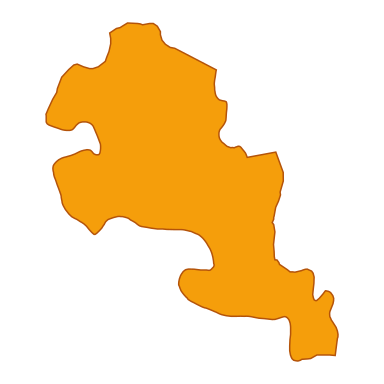 outline of Chique/Blanchard, Vieux Fort, Saint Lucia
{"feature_id": "8701671B68891744403519", "entity_name": "Chique/Blanchard", "entity_type": "district", "adm_level": 2, "iso_a3": "LCA", "parent_name": "Saint Lucia", "parent_adm1": "Vieux Fort", "projection": "equal_earth", "projection_center": [-60.95, 13.801], "detail": "fine", "context": "isolated", "style": "filled", "palette": "amber", "viewbox_px": 384, "rotation_deg": 0, "n_neighbors": 0, "source": "geoboundaries", "source_scale": "gbopen_adm2", "svg_char_len": 5901}
<svg xmlns="http://www.w3.org/2000/svg" viewBox="0 0 384 384"><path d="M53.6,172.8L53.7,174.1L53.9,175.1L54.4,177.0L55.5,179.7L56.3,182.0L56.8,183.6L57.4,185.3L58.3,187.6L59.0,189.5L59.7,191.4L60.2,192.9L60.8,194.5L61.2,196.3L61.2,197.0L61.5,198.9L61.9,200.7L62.0,201.3L62.2,202.9L62.8,204.6L63.5,206.1L65.4,209.5L68.9,214.0L71.7,216.7L73.6,217.8L74.9,218.5L76.9,219.4L78.6,220.5L80.4,221.7L81.9,222.5L83.8,223.8L84.3,224.2L85.5,225.3L86.3,226.0L87.3,227.2L88.7,229.0L89.4,229.8L90.4,230.9L91.4,232.0L92.2,232.8L93.2,233.7L94.1,234.4L95.0,234.4L95.7,234.0L96.8,233.2L99.6,230.5L100.4,229.6L101.7,228.2L103.4,225.5L103.9,224.9L104.3,224.3L104.6,223.6L105.5,222.0L105.9,221.5L107.7,219.8L108.4,219.4L110.5,218.6L113.7,217.5L115.7,217.0L117.7,216.5L119.4,216.4L121.1,216.6L122.5,216.6L124.7,217.1L127.1,217.8L128.6,218.4L130.6,220.0L132.4,220.9L135.3,222.6L137.2,224.2L138.7,225.3L139.9,226.0L141.0,226.3L141.5,226.5L143.5,226.8L144.0,226.9L146.7,227.3L151.5,228.2L157.6,229.0L162.8,229.0L166.7,229.4L171.2,229.5L175.4,229.6L178.8,229.6L181.2,229.6L182.9,229.7L184.8,230.0L186.4,230.4L187.0,230.5L189.4,231.1L191.3,231.5L194.1,232.8L195.9,233.6L197.6,234.2L199.1,235.0L200.0,235.7L201.3,236.8L202.6,238.0L203.6,239.1L205.5,241.5L206.8,243.4L207.7,245.0L208.9,247.0L209.9,248.6L210.9,250.8L211.8,253.2L212.3,255.0L212.9,257.4L213.2,259.2L213.5,261.0L213.7,263.4L214.2,265.0L213.7,266.7L213.1,267.4L212.1,268.4L211.8,268.8L211.5,269.1L210.3,270.1L208.9,270.4L208.5,270.3L207.0,270.1L206.3,270.0L200.6,270.0L194.1,269.2L190.1,269.1L188.3,269.1L187.4,269.3L186.0,269.6L185.2,270.0L184.4,270.6L183.2,271.6L182.3,272.9L181.7,273.7L180.8,275.2L180.5,275.8L179.9,277.5L179.4,278.9L179.2,279.9L179.0,280.9L178.9,281.3L178.8,282.2L178.7,283.3L178.7,284.1L178.7,284.9L179.4,286.4L179.6,287.1L180.1,288.5L180.3,288.9L180.8,290.2L181.4,291.3L181.7,291.7L182.4,292.7L183.4,294.0L184.3,295.1L185.2,296.1L185.5,296.4L186.1,297.1L186.9,297.7L188.2,299.5L191.2,301.4L194.1,302.8L196.1,303.9L198.9,305.3L200.5,306.1L202.4,307.0L204.6,307.8L206.2,308.1L208.0,308.8L210.0,309.6L211.9,310.4L212.9,310.8L214.4,311.5L216.0,312.1L217.8,313.0L219.6,313.9L220.0,314.0L221.5,314.6L224.4,315.3L226.2,315.7L231.0,316.3L236.3,316.3L240.6,316.2L244.2,316.3L246.3,316.2L248.6,316.3L251.3,316.7L254.7,317.4L259.0,318.2L264.3,318.6L268.8,319.1L272.2,319.5L272.5,319.5L275.0,319.4L278.1,318.5L281.1,317.5L282.7,317.0L284.3,316.6L285.8,316.8L287.1,317.6L288.0,318.5L289.0,319.9L289.6,321.5L290.2,323.4L290.5,325.8L290.6,327.3L290.6,329.2L290.6,330.9L290.6,332.6L290.6,334.1L290.5,335.3L290.3,336.9L290.2,337.9L290.0,339.4L289.9,341.8L289.8,343.8L289.7,345.8L289.7,347.4L289.7,349.9L289.7,350.6L289.8,351.3L290.1,353.1L290.5,355.2L291.0,356.4L291.2,357.1L291.7,358.0L291.9,358.5L292.5,359.2L292.9,359.5L293.6,360.2L294.7,360.5L296.1,360.8L297.5,361.0L298.4,360.9L299.6,360.5L300.3,360.3L301.9,359.3L307.7,358.9L310.7,358.5L316.9,355.0L329.8,355.0L335.2,355.5L337.0,341.4L337.4,338.4L337.9,337.0L338.0,334.4L337.4,331.0L336.1,327.4L332.1,321.1L331.7,320.6L331.4,320.2L330.6,318.2L329.8,316.6L329.6,313.7L329.8,311.8L331.9,306.5L333.0,303.7L333.3,302.1L333.6,300.8L333.6,299.6L333.7,298.4L332.8,295.6L330.7,292.7L329.6,291.9L328.3,291.3L326.8,291.0L325.9,290.8L325.4,290.8L322.9,294.1L319.3,298.3L316.6,300.6L315.4,300.6L314.1,299.8L313.3,297.5L312.7,294.7L313.1,290.5L313.9,283.3L314.1,277.1L313.1,273.2L311.6,271.1L307.2,269.1L305.2,269.3L302.7,270.1L301.6,270.6L294.9,272.2L292.8,271.9L290.1,271.9L287.2,269.6L279.5,264.4L278.9,262.6L277.0,260.0L274.9,259.8L274.3,256.7L274.1,251.5L273.5,244.5L274.3,237.3L274.9,231.9L273.7,224.6L272.2,222.6L273.7,219.2L273.7,217.4L274.1,216.1L275.7,207.3L278.5,201.1L280.5,194.9L280.1,192.1L281.0,189.0L283.3,181.0L283.2,172.4L275.8,152.1L247.2,157.4L246.4,155.2L245.5,153.1L244.0,151.1L242.4,149.2L240.9,147.3L239.7,146.4L238.2,146.2L236.7,146.8L235.6,147.1L234.2,147.8L232.6,147.5L230.7,147.7L229.6,147.3L228.0,146.7L227.1,146.4L225.4,145.0L224.1,143.8L221.8,142.0L220.4,140.0L219.5,138.3L219.0,136.2L218.9,133.9L219.0,132.3L219.4,130.9L220.0,129.4L220.8,128.5L221.8,127.3L223.3,125.3L224.4,123.6L225.6,121.1L225.9,120.0L226.1,117.5L226.2,115.7L226.4,112.7L226.8,109.0L226.9,106.7L226.9,104.3L226.5,102.4L226.1,101.7L224.7,101.1L222.3,100.7L221.2,100.4L219.4,99.9L218.0,98.7L216.8,97.2L215.8,95.4L215.2,93.1L215.0,91.6L214.7,90.2L214.6,87.4L214.3,84.5L214.3,83.2L214.6,80.4L214.9,78.7L215.3,76.5L215.5,74.9L215.8,72.7L216.0,71.3L216.3,69.9L174.8,48.3L170.1,47.4L165.4,44.3L162.0,40.2L160.4,34.8L160.4,31.6L157.3,26.2L153.3,23.5L149.6,23.5L142.6,24.8L140.2,23.9L137.6,23.5L127.5,23.0L123.1,25.7L120.1,27.6L116.4,28.5L109.7,33.0L110.7,38.4L110.7,43.8L109.0,51.5L106.7,57.3L105.3,61.4L98.3,66.8L92.9,68.6L89.6,68.6L83.5,66.8L77.2,64.1L73.8,65.0L68.8,69.5L61.7,77.2L57.4,88.5L56.7,92.5L52.7,99.3L48.3,108.8L46.6,112.9L46.0,114.2L46.2,115.8L46.2,118.8L46.2,121.9L46.5,122.7L47.3,123.9L49.1,125.1L53.9,126.9L57.9,128.2L59.0,128.6L60.3,129.1L62.1,129.7L63.5,130.0L64.7,130.2L66.6,130.4L67.6,130.4L69.7,130.4L70.7,130.2L71.8,129.9L72.2,129.7L72.8,129.3L74.1,128.0L75.3,126.5L76.1,125.4L77.2,124.4L78.8,123.0L80.6,122.3L82.0,122.0L82.9,121.9L84.6,121.9L85.7,121.9L87.0,122.1L88.8,122.7L90.2,123.3L91.4,124.2L92.0,124.7L93.2,126.2L94.8,129.8L95.6,131.8L96.6,134.1L97.7,136.8L100.4,144.0L100.6,146.0L100.6,147.1L100.6,148.4L100.4,150.4L100.2,151.5L100.1,152.3L99.9,153.0L99.1,154.4L98.6,154.7L97.5,154.8L96.3,154.8L95.0,154.4L94.1,154.0L93.4,153.3L92.6,152.5L92.2,151.9L91.2,150.9L90.6,150.4L90.3,150.2L89.0,149.9L87.0,149.7L85.0,150.1L83.7,150.3L83.1,150.5L81.5,150.9L79.7,151.6L76.9,153.0L74.9,154.0L73.8,154.4L71.2,155.4L69.5,155.9L68.0,156.3L66.0,156.9L63.9,157.4L62.5,157.9L61.4,158.3L60.4,158.9L59.4,159.4L58.5,159.9L58.2,160.2L57.2,161.0L56.4,161.7L55.0,163.2L54.0,164.5L53.3,165.8L53.1,166.8L52.9,168.1L53.0,169.9L53.2,171.1L53.4,171.8L53.6,172.8Z" fill="#f59e0b" stroke="#b45309" stroke-width="1.5"/></svg>